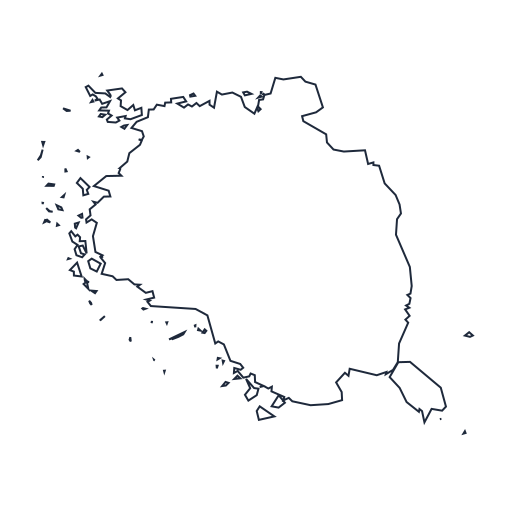 the district of Bohol, Bohol, Philippines, rotated 265°
{"feature_id": "2640588B19040020708567", "entity_name": "Bohol", "entity_type": "district", "adm_level": 2, "iso_a3": "PHL", "parent_name": "Philippines", "parent_adm1": "Bohol", "projection": "equal_earth", "projection_center": [124.147, 9.869], "detail": "fine", "context": "isolated", "style": "outline", "palette": "slate", "viewbox_px": 512, "rotation_deg": 265, "n_neighbors": 0, "source": "geoboundaries", "source_scale": "gbopen_adm2", "svg_char_len": 6025}
<svg xmlns="http://www.w3.org/2000/svg" viewBox="0 0 512 512"><g transform="rotate(265 256 256)"><path d="M361.3,136.0L355.6,128.1L355.4,128.1L355.3,127.9L355.1,128.4L354.3,128.3L350.6,126.4L347.7,128.9L348.7,113.8L339.8,100.6L333.9,114.9L328.0,116.1L328.4,109.6L322.8,102.8L324.2,98.8L321.3,100.7L317.0,94.4L310.9,94.7L307.3,89.9L304.1,90.1L306.8,95.5L302.9,100.3L290.0,95.3L274.0,96.4L270.1,103.1L268.5,100.1L268.8,103.5L267.7,101.3L262.1,105.1L251.7,100.7L248.3,111.4L244.3,114.9L244.0,126.7L238.3,132.4L237.5,137.9L235.8,135.1L228.9,143.0L230.0,149.8L223.4,150.9L222.2,142.9L220.8,146.2L219.8,143.9L215.3,146.9L208.5,191.2L201.1,202.4L172.4,207.8L174.2,210.9L170.7,216.3L153.8,221.4L149.8,230.9L145.8,233.5L144.0,230.8L146.3,224.6L141.4,223.8L143.1,227.7L135.9,232.8L136.7,238.8L139.4,240.4L137.4,244.4L130.5,244.1L126.1,251.9L125.1,248.3L125.8,252.5L122.9,256.7L124.4,260.4L119.8,259.6L113.1,271.9L109.8,270.6L111.8,276.3L108.1,279.5L102.6,297.4L102.2,315.1L104.9,329.2L113.0,329.5L123.1,324.8L131.9,334.4L128.6,337.7L135.5,339.5L126.7,365.9L129.1,375.8L126.9,375.0L130.6,382.6L137.9,388.0L156.4,390.9L176.3,401.8L179.6,399.3L183.0,403.8L189.8,399.9L191.1,404.2L193.6,401.2L195.0,404.6L200.6,406.3L204.0,403.4L205.1,406.6L212.5,408.5L231.7,408.3L265.0,397.3L280.4,399.7L285.7,404.1L294.8,403.5L304.6,400.4L317.1,390.5L335.2,386.5L336.4,380.9L339.0,381.1L337.9,375.7L351.8,373.8L352.4,352.6L355.3,342.5L362.9,336.6L371.1,336.5L386.2,314.9L391.3,314.1L393.9,328.4L398.2,335.6L421.6,330.2L425.4,320.4L430.6,316.3L429.5,298.7L431.8,290.8L416.6,284.7L415.7,278.4L411.4,276.7L411.2,272.7L404.8,271.0L401.9,273.4L400.0,271.0L403.8,270.0L397.9,266.8L405.4,257.8L415.9,254.9L420.9,246.7L419.8,236.1L423.1,231.4L407.4,227.1L410.8,222.9L414.6,223.2L410.2,213.0L413.6,210.0L410.5,205.2L412.9,201.5L410.1,197.2L414.7,190.9L416.1,199.9L420.8,197.4L420.0,185.0L416.4,184.9L416.7,178.9L413.3,177.9L415.4,170.4L410.9,166.8L411.2,162.0L403.7,160.4L400.1,148.8L394.4,143.1L390.3,153.3L384.9,154.6L381.6,152.4L382.4,149.3L380.8,152.2L376.9,150.1L369.5,138.8L361.3,136.0ZM123.7,378.6L112.1,387.6L97.4,393.3L86.6,404.7L89.3,405.5L87.0,407.9L75.6,409.3L88.4,417.6L85.7,427.9L89.4,432.1L108.7,428.6L137.1,400.2L137.8,388.5L123.7,378.6ZM439.1,101.1L429.9,104.8L431.2,107.4L429.0,110.4L426.4,111.8L424.9,109.0L425.5,113.9L421.0,116.0L423.0,124.1L417.1,120.0L417.4,114.8L414.7,112.5L413.6,122.2L410.9,121.0L408.5,124.4L404.9,119.3L402.5,120.0L401.2,128.0L402.8,131.7L406.0,129.8L406.8,138.3L404.5,137.4L403.2,142.9L406.4,154.6L413.6,154.7L411.7,148.1L417.1,146.9L412.6,140.7L417.1,134.2L422.8,135.1L425.0,132.2L430.5,140.2L434.6,137.1L433.8,122.2L429.4,124.9L428.1,125.2L427.1,124.6L431.1,120.0L432.5,110.2L440.3,103.9L439.1,101.1ZM294.8,72.0L286.4,74.3L282.6,79.2L278.6,75.9L272.4,77.2L269.9,82.7L272.5,85.5L274.0,81.9L281.0,80.2L281.5,84.3L273.4,87.5L285.8,87.3L286.1,81.7L290.0,82.4L292.8,80.1L291.3,77.7L296.8,74.1L294.8,72.0ZM101.5,243.2L92.5,244.6L94.6,260.3L105.9,246.6L101.5,243.2ZM112.6,235.8L117.3,244.6L123.6,246.9L124.6,242.6L134.4,235.4L124.8,238.7L118.7,232.9L112.6,235.8ZM104.9,258.5L103.0,265.3L107.3,272.0L115.3,266.5L104.9,258.5ZM344.4,83.9L338.1,89.3L331.5,89.3L332.5,94.3L336.6,93.2L339.3,96.2L348.9,87.9L344.4,83.9ZM258.2,69.4L256.3,73.2L252.4,72.9L250.8,80.5L265.0,77.2L258.2,69.4ZM265.5,88.4L258.1,89.9L254.4,96.0L261.9,100.6L267.7,92.1L265.5,88.4ZM158.5,457.2L156.8,462.1L157.9,465.1L161.5,461.7L158.5,457.2ZM420.1,257.5L417.0,258.9L417.9,265.6L420.5,261.4L420.1,257.5ZM243.1,81.8L237.9,86.1L245.3,85.2L243.1,81.8ZM304.0,78.3L300.1,78.3L299.3,79.2L304.8,82.2L304.0,78.3ZM324.0,61.8L319.7,63.2L318.6,67.2L321.4,66.3L324.0,61.8ZM186.6,178.4L180.5,162.1L181.5,166.3L180.3,164.9L182.2,171.6L184.3,176.7L186.6,178.4ZM344.2,53.4L343.5,60.6L344.9,61.2L346.2,55.6L344.2,53.4ZM138.4,227.1L135.4,223.6L135.5,229.7L138.4,227.1ZM396.3,133.1L394.2,136.0L397.7,139.1L397.5,135.9L396.3,133.1ZM423.3,207.9L422.0,204.3L420.5,204.5L420.9,209.4L423.3,207.9ZM408.7,111.7L407.7,115.0L409.9,118.1L411.0,113.7L408.7,111.7ZM311.7,82.7L309.3,85.2L309.4,86.5L313.1,86.4L311.7,82.7ZM235.0,94.1L235.9,88.8L233.0,92.4L235.0,94.1ZM129.4,211.0L129.6,214.7L132.0,217.6L133.2,214.7L129.4,211.0ZM187.4,198.5L184.3,196.0L183.7,198.1L185.8,200.0L187.4,198.5ZM209.3,100.2L205.8,95.3L205.3,95.0L209.3,100.2ZM416.9,83.9L419.9,76.7L417.0,80.0L416.9,83.9ZM388.3,53.0L385.0,53.6L388.1,55.0L388.3,53.0ZM333.5,70.3L331.6,67.8L331.2,69.4L333.5,70.3ZM63.2,448.8L61.0,447.2L61.4,449.3L63.2,448.8ZM370.4,46.9L373.2,50.1L380.6,52.7L375.0,50.5L370.4,46.9ZM415.6,274.2L413.6,272.0L414.3,275.5L415.6,274.2ZM186.5,194.2L188.6,192.3L187.2,191.8L186.5,194.2ZM375.1,89.6L377.2,87.9L376.4,86.4L375.1,89.6ZM425.7,106.7L423.7,105.1L424.0,107.4L425.7,106.7ZM317.8,57.3L318.7,54.3L322.0,51.2L318.5,53.7L317.8,57.3ZM451.0,118.3L449.3,116.8L449.7,118.8L451.0,118.3ZM213.1,141.4L214.0,138.9L213.6,138.2L212.5,139.2L213.1,141.4ZM307.9,47.8L308.9,50.4L310.0,50.3L310.3,49.1L307.9,47.8ZM305.5,60.8L303.5,60.3L303.9,62.2L305.5,60.8ZM311.0,50.4L308.3,51.7L307.4,54.0L311.0,50.4ZM359.8,73.7L356.8,73.5L356.9,74.7L359.8,73.7ZM154.7,213.7L152.4,213.9L154.2,215.0L154.7,213.7ZM157.3,210.8L157.8,209.1L156.3,208.7L157.3,210.8ZM150.0,208.2L150.1,207.2L147.5,207.2L150.0,208.2ZM369.7,97.0L368.3,97.0L369.0,98.1L369.7,97.0ZM248.2,83.3L246.4,83.4L246.7,84.5L248.2,83.3ZM186.1,123.7L183.6,122.8L181.8,123.8L186.1,123.7ZM192.1,189.0L190.3,189.3L192.3,189.6L192.1,189.0ZM418.9,275.1L417.1,274.9L418.8,275.7L418.9,275.1ZM226.0,85.9L223.3,86.7L221.6,88.0L223.6,87.6L226.0,85.9ZM326.3,48.0L327.5,48.4L327.6,48.0L326.3,48.0ZM200.3,146.7L198.3,146.0L199.5,146.7L200.3,146.7ZM417.7,278.0L416.5,277.1L416.4,277.5L417.7,278.0ZM197.7,160.9L196.6,161.3L197.7,161.8L197.7,160.9ZM270.2,68.9L269.3,68.4L269.6,70.0L270.2,68.9ZM149.7,154.4L148.5,154.6L149.7,155.1L149.7,154.4ZM354.1,50.8L352.8,50.4L353.1,50.7L354.1,50.8ZM244.8,86.1L243.8,86.4L245.7,86.8L244.8,86.1ZM161.1,145.5L160.9,146.0L161.5,145.4L161.1,145.5ZM77.4,425.0L77.5,426.4L77.6,425.7L77.4,425.0Z" fill="none" stroke="#1e293b" stroke-width="2"/></g></svg>